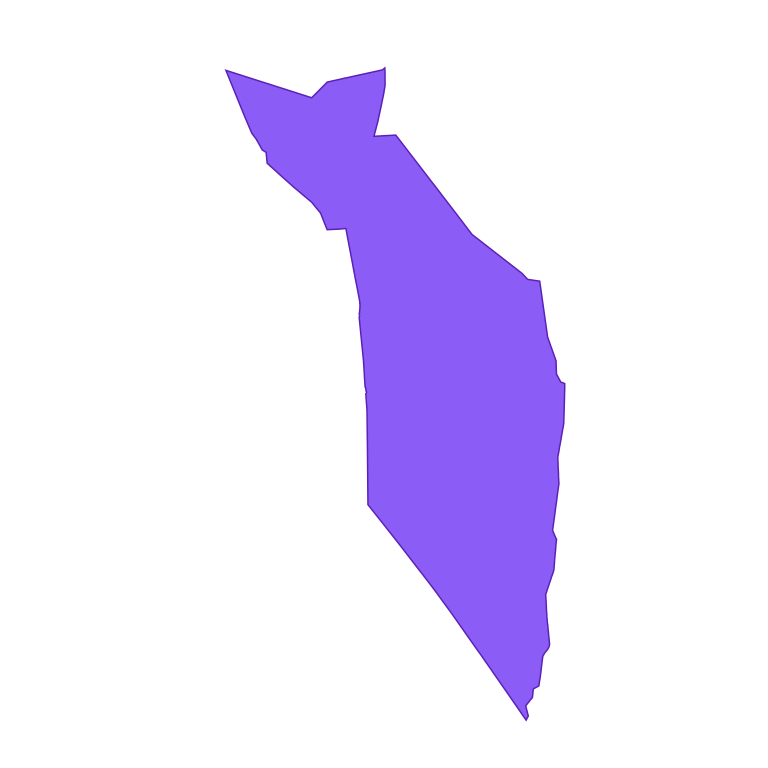 outline of Raarvihke sma 1, Nord-Trøndelag, Norway, rotated 98°
{"feature_id": "86288312B41208068814146", "entity_name": "Raarvihke sma 1", "entity_type": "district", "adm_level": 2, "iso_a3": "NOR", "parent_name": "Norway", "parent_adm1": "Nord-Trøndelag", "projection": "natural_earth1", "projection_center": [13.659, 64.821], "detail": "fine", "context": "isolated", "style": "filled", "palette": "violet", "viewbox_px": 768, "rotation_deg": 98, "n_neighbors": 0, "source": "geoboundaries", "source_scale": "gbopen_adm2", "svg_char_len": 4440}
<svg xmlns="http://www.w3.org/2000/svg" viewBox="0 0 768 768"><g transform="rotate(98 384 384)"><path d="M505.7,383.1L506.9,381.9L508.2,380.5L528.2,359.5L542.8,344.3L546.5,340.5L552.5,334.4L561.7,325.0L567.3,319.2L576.7,309.6L584.6,301.8L591.2,295.4L591.7,295.0L592.1,294.5L602.2,284.7L625.0,263.4L635.1,253.9L638.6,250.5L644.0,245.6L649.3,240.6L655.7,234.7L675.9,216.0L697.1,196.5L692.7,194.9L683.0,198.9L681.0,197.7L679.6,196.9L679.3,196.7L677.7,195.8L676.8,195.3L674.5,193.8L674.0,193.5L673.8,193.4L669.4,193.5L667.9,193.6L667.0,193.6L665.8,193.7L665.5,193.6L664.9,193.4L664.0,192.1L663.2,191.0L663.0,190.8L662.3,189.8L662.2,189.6L661.7,188.9L661.5,188.7L660.6,188.6L658.2,188.6L655.7,188.6L653.2,188.5L651.0,188.5L649.5,188.6L648.5,188.5L645.9,188.6L645.1,188.6L644.9,188.6L641.9,188.7L637.8,188.8L633.8,188.8L631.9,188.9L630.5,188.4L629.1,187.9L628.0,187.5L627.0,186.8L625.9,186.1L624.0,185.0L622.7,184.5L621.5,184.1L620.0,183.9L618.6,183.8L617.7,184.0L616.3,184.4L614.4,184.8L612.2,185.4L610.9,185.7L609.4,186.1L607.9,186.4L606.1,186.8L604.4,187.3L602.6,187.7L600.3,188.2L598.6,188.7L596.0,189.4L593.5,189.9L592.5,190.2L591.6,190.4L589.6,190.7L587.8,191.1L586.5,191.4L584.4,191.8L582.2,192.2L580.3,192.5L578.1,193.0L575.8,193.4L574.1,193.8L572.0,194.2L569.8,194.6L567.4,194.1L564.5,193.6L561.5,193.0L558.0,192.4L555.1,191.8L551.9,191.3L549.3,190.7L546.7,190.2L544.7,189.9L540.8,190.1L537.7,190.3L534.0,190.6L530.9,190.7L527.7,190.9L524.2,191.0L518.6,191.4L514.9,191.5L513.9,191.5L511.8,192.9L509.5,194.3L507.3,195.6L505.5,196.7L501.1,196.7L497.4,196.7L493.9,196.7L491.3,196.7L483.7,196.8L480.3,196.8L476.8,196.8L473.5,196.8L471.3,196.9L468.6,196.9L465.0,196.9L459.2,196.9L458.1,196.9L456.2,197.4L453.7,197.8L451.4,198.3L448.6,198.7L446.4,199.1L444.0,199.6L441.5,200.1L438.4,200.6L435.4,201.2L433.4,201.5L432.1,201.7L429.8,201.6L427.7,201.5L424.8,201.4L422.1,201.4L418.9,201.2L416.0,201.1L412.7,201.0L409.4,200.9L406.9,200.8L403.9,200.7L401.7,200.6L397.7,200.5L396.7,200.7L390.8,201.3L386.3,201.8L379.5,202.6L374.6,203.1L374.0,203.2L369.7,203.7L363.4,204.4L358.4,205.1L357.4,209.3L350.1,214.6L337.0,216.9L314.8,228.5L260.5,244.1L260.4,256.3L255.1,262.9L253.4,265.9L237.5,293.6L223.7,317.6L204.9,336.6L189.7,352.1L182.1,359.8L176.4,365.7L164.0,378.3L144.6,398.1L135.9,407.0L140.1,428.4L124.8,426.6L119.9,426.3L110.9,425.6L96.7,424.7L88.3,424.5L74.3,426.5L70.9,427.2L73.2,429.3L75.3,435.0L76.5,438.2L77.4,440.6L77.6,441.2L77.7,441.4L77.9,442.0L78.1,442.4L78.2,442.8L78.6,443.9L78.7,444.2L79.1,445.1L79.7,446.8L79.9,447.3L80.1,447.9L80.3,448.3L80.4,448.8L80.6,449.3L80.7,449.5L80.8,449.8L81.0,450.3L81.2,450.9L81.4,451.4L81.7,452.3L82.0,452.9L82.1,453.3L82.3,453.9L82.5,454.3L82.8,455.1L83.1,456.1L83.4,456.6L83.4,456.8L83.6,457.3L83.9,458.0L84.1,458.6L84.3,459.1L84.4,459.4L84.5,459.7L84.7,460.3L84.8,460.6L85.0,460.9L85.1,461.2L85.3,461.7L85.3,461.8L85.4,462.0L85.7,462.8L86.2,464.2L86.2,464.3L86.7,465.7L86.8,466.1L88.2,469.6L88.3,469.9L88.3,470.0L88.5,470.4L88.7,470.9L89.9,474.2L92.9,482.2L109.6,494.7L109.8,494.9L110.1,495.1L110.6,495.5L110.6,495.8L110.5,496.2L95.4,584.2L138.5,559.2L154.1,549.8L159.2,544.7L166.4,539.2L169.2,537.1L171.0,533.0L181.7,530.4L189.3,519.1L190.4,517.6L198.8,505.0L201.3,501.3L214.1,480.9L220.4,474.1L222.0,472.3L223.4,470.8L223.4,470.7L228.9,467.6L239.1,461.8L236.8,449.7L235.3,443.4L247.2,439.4L269.8,431.7L270.5,431.5L282.4,427.5L292.7,423.9L299.5,421.6L303.1,420.4L306.2,419.4L306.3,419.4L306.5,419.3L306.8,419.3L307.0,419.2L307.3,419.2L307.5,419.2L307.8,419.2L308.0,419.1L308.1,418.9L308.3,418.9L308.5,418.9L308.8,418.8L312.6,418.4L317.4,418.2L317.5,418.2L317.7,418.3L317.8,418.2L318.0,418.2L318.3,418.1L318.5,418.1L318.8,418.0L319.1,417.9L319.3,417.9L319.6,417.8L319.8,417.8L319.9,417.7L320.0,417.7L320.3,417.7L320.5,417.7L320.8,417.8L321.0,417.8L321.3,417.9L364.5,407.4L367.2,406.9L367.4,406.8L367.5,406.8L372.8,405.7L375.0,405.3L375.9,405.1L377.4,404.8L382.0,403.9L385.2,403.2L388.6,402.5L389.6,402.3L389.8,402.2L389.9,401.9L390.1,401.7L390.3,401.6L390.7,401.5L391.0,401.5L391.2,401.4L391.5,401.3L391.7,401.2L392.0,401.2L392.3,401.1L392.5,401.0L392.8,401.0L392.9,400.9L393.1,400.9L393.4,400.8L393.4,400.7L393.5,400.6L393.8,400.5L394.0,400.4L394.2,400.2L394.3,400.2L394.5,400.1L394.9,400.1L395.3,400.2L395.6,400.3L395.8,400.5L396.0,400.6L396.3,400.6L396.5,400.6L401.3,399.6L405.9,398.6L412.3,397.2L420.2,396.0L448.3,391.7L505.7,383.1Z" fill="#8b5cf6" stroke="#5b21b6" stroke-width="1.5"/></g></svg>